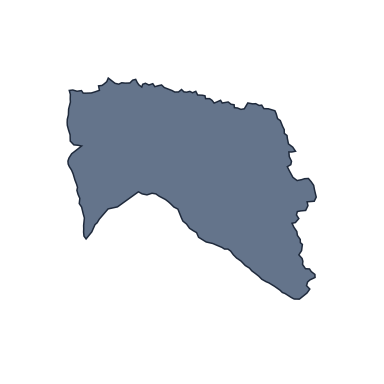 Colorado, Paraná, Brazil, rotated 160°
{"feature_id": "56859067B48104016999409", "entity_name": "Colorado", "entity_type": "district", "adm_level": 2, "iso_a3": "BRA", "parent_name": "Brazil", "parent_adm1": "Paraná", "projection": "mercator", "projection_center": [-51.974, -22.817], "detail": "fine", "context": "isolated", "style": "filled", "palette": "slate", "viewbox_px": 384, "rotation_deg": 160, "n_neighbors": 0, "source": "geoboundaries", "source_scale": "gbopen_adm2", "svg_char_len": 2672}
<svg xmlns="http://www.w3.org/2000/svg" viewBox="0 0 384 384"><g transform="rotate(160 192 192)"><path d="M210.5,167.7L208.1,163.8L206.7,158.7L204.0,155.1L201.6,152.3L201.3,147.2L195.8,140.2L190.1,136.5L186.7,133.3L182.8,129.7L181.0,127.3L177.8,126.1L175.9,123.3L174.6,118.8L172.7,114.7L169.6,110.4L167.1,104.7L164.0,100.8L162.8,97.5L160.1,93.4L158.0,90.0L156.3,86.2L153.0,82.3L151.0,80.5L146.9,75.4L142.9,69.7L141.5,66.7L139.3,64.8L134.7,58.8L132.6,56.5L127.7,54.6L118.6,57.7L114.5,60.5L116.4,64.8L114.2,67.9L111.1,69.1L105.6,69.6L104.7,72.5L107.2,76.5L107.9,79.5L111.6,81.1L112.9,86.1L111.5,89.0L111.3,91.9L113.1,96.4L109.1,99.4L106.2,105.0L107.5,107.3L106.5,110.4L107.8,115.2L107.0,119.0L108.3,124.0L108.7,128.4L105.3,127.9L100.7,130.5L101.7,134.7L99.7,137.6L96.5,137.1L91.5,135.8L87.7,139.5L87.2,143.4L80.3,141.5L77.0,144.7L76.2,151.8L75.4,156.7L76.5,160.9L78.0,164.9L81.7,166.0L84.7,166.1L89.3,166.8L92.2,171.3L93.2,178.2L93.8,183.2L89.8,183.9L88.0,186.8L88.5,191.9L87.3,196.5L84.7,195.5L80.8,194.9L82.0,199.7L84.9,204.2L84.1,209.5L83.4,212.6L85.2,215.5L84.0,219.1L84.4,222.4L84.6,228.9L86.5,231.7L86.1,236.9L86.3,240.0L89.1,242.1L91.8,244.1L96.0,245.8L96.8,249.8L99.4,250.4L101.9,253.2L104.9,254.1L109.1,256.6L114.4,252.3L117.8,252.9L120.5,255.4L123.3,256.7L122.6,259.6L125.3,261.1L127.2,264.2L133.2,265.3L133.8,268.4L138.0,268.1L140.8,268.0L141.8,271.2L143.5,273.7L147.3,275.1L146.9,278.0L149.2,279.4L153.5,281.2L154.0,285.3L157.6,285.1L159.6,287.3L162.9,287.6L165.3,288.8L166.8,291.9L170.4,290.6L174.0,291.8L176.1,294.2L179.3,297.0L182.3,299.6L184.0,303.0L187.1,303.4L190.9,303.7L191.8,307.2L195.9,307.3L198.6,310.1L201.5,310.1L203.3,307.8L205.3,310.9L206.0,313.6L206.4,317.1L209.5,317.4L213.1,315.7L217.4,317.1L220.7,318.7L224.0,318.4L227.2,320.5L229.5,324.2L231.7,327.7L234.4,324.8L237.4,323.7L240.1,322.9L243.5,323.7L244.2,319.2L249.3,319.3L252.8,319.5L258.0,321.2L260.4,322.1L261.2,325.1L265.6,326.0L269.1,328.6L272.6,329.4L272.9,325.4L274.6,321.1L275.5,318.1L279.6,312.1L281.8,306.7L284.3,303.0L285.5,300.1L286.4,297.2L286.8,292.5L287.0,287.4L289.0,281.5L286.9,276.7L283.1,274.9L280.0,273.0L287.0,270.7L292.0,269.1L296.0,266.0L298.0,263.5L298.8,260.6L298.6,257.8L297.7,253.8L297.5,249.8L297.9,243.2L297.8,239.0L298.0,235.5L299.6,232.9L299.9,228.7L299.6,224.4L301.9,219.7L300.9,215.6L301.7,208.6L302.0,204.4L305.3,197.6L306.4,194.3L307.6,191.4L308.6,187.5L307.6,184.1L299.8,188.8L294.3,194.5L291.7,195.5L288.4,198.2L276.6,204.8L267.1,203.5L242.3,210.5L239.5,207.3L235.3,204.7L230.0,204.5L226.6,202.6L224.4,199.4L219.5,194.0L217.6,191.0L216.2,188.4L214.2,184.1L211.1,180.8L210.8,171.3L210.5,167.7Z" fill="#64748b" stroke="#1e293b" stroke-width="1.5"/></g></svg>